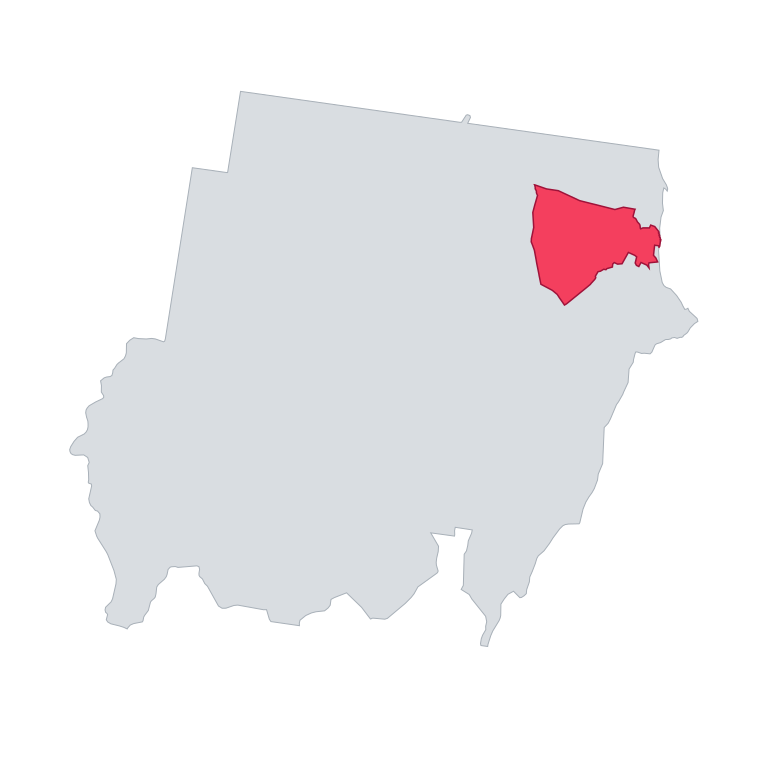 Al Ganab, Red Sea, Sudan shown in context, rotated 8°
{"feature_id": "16777658B97228063474151", "entity_name": "Al Ganab", "entity_type": "district", "adm_level": 2, "iso_a3": "SDN", "parent_name": "Sudan", "parent_adm1": "Red Sea", "projection": "robinson", "projection_center": [36.252, 19.345], "detail": "fine", "context": "in_parent", "style": "filled", "palette": "rose", "viewbox_px": 768, "rotation_deg": 8, "n_neighbors": 0, "source": "geoboundaries", "source_scale": "gbopen_adm2", "svg_char_len": 6439}
<svg xmlns="http://www.w3.org/2000/svg" viewBox="0 0 768 768"><g transform="rotate(8 384 384)"><path d="M523.2,629.5L516.4,629.5L515.7,627.7L515.8,622.7L516.6,619.0L519.0,613.1L518.4,609.8L518.8,605.2L517.0,599.9L500.9,584.7L497.7,580.6L489.0,576.7L490.6,572.4L487.1,541.4L488.9,537.8L489.4,532.3L489.3,527.6L491.5,519.6L491.7,516.2L474.5,516.0L474.3,519.4L475.0,523.3L475.0,524.8L451.0,524.9L460.6,537.1L461.0,542.4L460.4,549.1L460.5,553.4L461.1,556.1L463.6,561.6L463.5,562.6L462.8,563.9L445.8,580.2L442.9,587.7L440.6,591.6L435.6,598.3L420.0,615.6L417.5,616.8L405.6,617.4L404.5,617.8L403.6,618.6L403.1,618.4L392.9,608.3L376.0,596.0L364.6,602.4L361.5,604.7L361.5,610.6L359.8,613.6L356.7,616.9L348.4,619.0L344.0,620.8L338.8,624.1L333.7,629.6L333.4,632.5L333.9,635.1L305.1,635.0L303.2,632.9L299.1,623.8L296.2,624.3L269.9,623.3L266.2,624.2L258.7,628.0L254.9,628.6L251.0,626.9L237.3,608.8L234.3,606.6L231.3,602.3L228.3,600.4L227.4,599.1L227.1,597.1L227.2,593.2L226.2,590.7L224.1,590.1L205.5,594.3L202.8,593.8L198.9,594.6L197.6,595.3L196.0,597.7L195.7,602.7L195.2,605.1L193.7,607.9L188.4,614.0L187.2,616.7L187.4,623.4L187.1,626.8L186.2,628.4L183.9,631.0L183.1,632.5L182.1,641.1L179.2,646.4L178.5,648.2L178.3,652.0L177.8,653.2L169.4,656.1L166.3,658.0L164.3,661.0L163.8,662.3L160.3,661.2L155.7,660.4L146.9,659.5L143.5,658.1L141.8,656.1L142.4,650.8L141.5,649.7L140.1,648.8L139.2,646.5L139.4,643.8L144.1,637.7L145.1,634.5L146.4,619.3L146.1,614.7L142.5,606.2L134.2,591.4L132.2,588.6L121.9,576.5L120.7,574.7L118.2,569.6L121.1,558.4L121.3,555.3L120.7,552.1L118.0,549.7L115.7,549.4L112.6,546.4L110.6,545.1L108.8,542.4L107.6,538.8L108.7,525.6L108.1,523.8L105.4,523.3L104.8,522.4L104.9,519.9L103.6,512.4L102.0,506.1L103.0,502.7L100.8,498.0L96.5,496.0L88.1,497.6L85.5,497.3L83.7,496.4L82.5,494.7L81.9,492.7L82.5,489.6L85.0,484.0L88.0,479.4L94.1,475.2L95.7,473.0L96.7,470.5L96.9,467.7L96.5,464.7L95.9,461.9L94.1,458.3L92.6,454.0L92.6,451.2L93.4,449.1L95.0,446.6L101.1,441.8L107.3,437.7L108.3,436.3L108.0,434.6L105.2,431.3L104.4,424.8L102.9,420.3L106.0,416.9L108.3,415.7L111.9,414.7L113.4,413.3L113.8,410.5L113.7,407.9L115.0,406.0L116.8,401.9L118.3,400.0L123.0,395.2L124.1,392.1L124.5,389.0L123.4,379.9L126.1,376.1L129.7,373.0L134.6,373.2L142.3,372.5L147.6,371.2L151.3,371.2L159.8,372.9L160.8,372.2L161.2,369.8L164.1,196.5L199.3,196.5L199.7,196.2L201.2,114.2L422.6,114.3L424.4,114.0L428.0,106.3L429.4,105.7L431.7,106.2L432.5,108.0L430.6,114.2L623.8,114.2L624.2,123.6L625.8,131.1L631.3,141.8L635.9,147.5L637.6,150.7L637.8,152.2L637.6,153.6L636.1,152.0L633.8,150.9L633.4,155.9L634.6,166.2L636.5,173.4L635.1,180.1L635.3,191.3L637.8,204.8L637.3,213.5L641.4,233.6L645.4,244.8L647.5,247.6L649.9,249.0L654.6,250.0L661.5,255.7L666.9,261.7L668.9,264.8L671.5,268.3L673.3,267.6L674.4,266.7L676.2,269.5L684.9,275.5L686.1,278.3L683.0,281.0L679.5,285.8L677.7,290.1L676.8,291.5L673.9,294.3L673.4,295.6L672.2,296.4L670.9,296.5L667.9,298.0L665.3,297.5L662.6,298.3L661.6,299.4L659.5,300.3L656.6,300.8L652.1,304.5L648.2,306.3L646.9,307.8L644.8,315.2L643.3,317.1L637.5,317.3L634.7,317.9L630.8,317.1L628.9,317.2L628.4,318.8L627.7,325.1L627.8,327.8L624.6,335.1L625.5,348.6L622.4,358.7L621.9,361.0L618.7,369.0L617.1,372.0L613.1,387.0L611.5,391.6L608.1,396.4L611.6,432.4L608.7,443.4L608.8,449.4L606.8,458.3L605.2,462.4L602.6,467.4L600.3,472.9L598.5,480.2L597.2,494.1L596.6,495.3L586.2,497.0L583.0,498.0L580.8,499.5L578.1,503.1L572.8,512.8L570.1,518.8L565.7,526.9L560.7,532.7L559.6,535.5L558.8,540.8L556.9,549.0L555.2,554.9L555.5,559.6L553.9,567.8L554.1,571.8L552.3,574.1L549.9,576.2L548.3,576.7L541.1,571.2L536.0,575.0L532.9,580.3L530.4,585.7L531.8,597.1L531.6,599.5L530.9,602.3L526.1,613.4L524.7,618.5L523.2,627.4L523.2,629.5Z" fill="#d9dde1" stroke="#a8b0b8" stroke-width="1"/><path d="M522.3,254.4L525.5,263.4L531.3,265.5L537.3,267.7L538.1,268.1L541.3,270.1L542.6,270.9L543.0,271.1L545.6,274.1L551.0,279.9L551.7,280.7L553.5,279.3L553.6,279.2L570.9,260.6L573.7,257.5L574.6,256.5L574.9,255.8L578.2,251.0L578.9,249.3L578.3,247.9L580.3,243.0L582.6,242.2L585.6,239.8L587.9,239.9L588.6,238.8L589.1,238.5L593.9,236.4L593.9,236.2L593.8,233.4L595.1,231.7L598.6,232.8L603.0,231.8L607.7,219.7L614.4,221.7L616.5,222.9L616.2,226.3L615.9,229.2L617.5,231.4L620.0,232.2L621.6,227.9L623.7,228.5L627.7,229.7L630.3,232.2L629.4,229.0L629.6,227.1L637.8,225.1L638.0,225.0L637.9,224.9L637.8,224.7L635.6,221.3L633.0,219.1L632.8,214.2L632.8,213.2L632.8,212.9L632.7,209.6L632.7,208.9L637.0,208.9L637.0,209.3L637.3,209.4L637.4,209.6L637.2,210.2L637.3,210.3L637.4,210.2L637.5,209.9L637.6,209.7L637.8,209.3L637.7,209.2L637.8,208.9L637.7,209.1L637.7,208.7L637.8,208.5L637.9,208.3L637.8,207.1L637.8,206.7L637.8,206.4L637.8,206.2L637.9,205.9L637.8,205.7L637.8,205.3L637.8,205.2L637.7,205.2L637.5,205.3L637.6,205.2L637.8,204.6L638.0,204.3L638.0,204.1L638.0,203.9L638.0,203.5L638.0,203.3L637.9,203.1L638.0,203.0L638.1,202.9L638.1,202.7L637.9,202.7L637.9,202.9L637.7,203.0L637.5,202.9L637.7,202.6L637.5,202.3L637.6,202.2L637.6,201.9L637.5,201.7L637.4,201.5L637.2,201.1L637.0,200.7L636.9,200.7L636.6,200.5L636.6,200.4L636.8,200.3L636.6,200.1L636.6,199.9L636.4,199.8L636.4,199.6L636.4,199.4L636.3,199.2L636.2,199.0L636.3,198.8L636.1,198.7L636.1,198.8L635.9,198.8L635.8,198.6L636.0,198.5L636.0,198.3L636.0,198.2L635.9,198.0L635.9,197.9L635.9,197.7L635.7,197.6L635.6,197.4L635.5,197.2L635.4,196.7L635.4,196.4L635.4,196.2L635.2,196.2L635.0,196.4L634.9,196.3L635.0,196.2L634.9,196.1L635.0,196.0L635.3,196.0L635.3,195.9L635.2,195.6L635.2,195.4L635.2,195.5L635.1,195.4L635.0,195.2L634.9,194.9L630.2,190.4L626.0,189.5L625.1,192.5L618.6,193.4L616.6,194.6L616.2,194.2L615.4,191.2L614.8,190.2L612.4,188.2L610.5,185.5L609.7,184.9L608.3,184.5L607.6,184.0L607.3,183.2L607.8,179.3L608.0,177.0L608.3,176.0L608.1,176.0L596.5,175.6L588.4,179.1L569.2,177.0L564.2,176.5L552.2,175.2L529.7,168.3L517.8,168.2L509.2,166.5L505.5,165.8L505.4,165.8L505.7,166.2L505.8,166.8L506.0,167.2L506.1,167.5L506.3,167.8L506.4,168.3L506.4,169.0L506.6,169.5L506.8,170.0L507.0,170.4L507.5,170.8L507.7,171.1L507.9,171.5L508.1,172.0L508.2,172.6L508.3,173.3L508.7,174.2L509.4,175.3L509.6,175.5L509.8,175.8L508.3,186.5L507.5,193.4L508.4,197.9L510.5,208.3L510.4,209.2L509.9,217.1L509.7,219.5L509.8,220.3L510.0,222.6L510.0,222.8L510.2,223.0L510.3,223.2L511.3,225.0L512.3,226.8L512.5,227.2L512.7,227.6L514.0,230.0L514.2,230.4L514.6,231.5L517.4,239.9L518.3,242.8L522.3,254.2L522.3,254.3L522.3,254.4Z" fill="#f43f5e" stroke="#9f1239" stroke-width="1.5"/></g></svg>